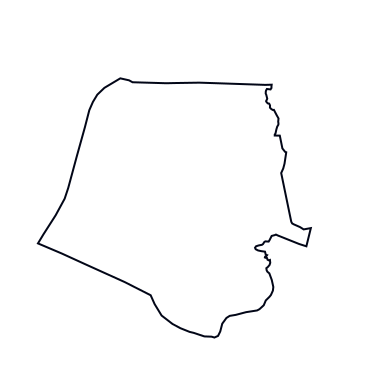 the district of Ashaiman Municipal, Greater Accra, Ghana, rotated 203°
{"feature_id": "2480657B85535261310615", "entity_name": "Ashaiman Municipal", "entity_type": "district", "adm_level": 2, "iso_a3": "GHA", "parent_name": "Ghana", "parent_adm1": "Greater Accra", "projection": "mercator", "projection_center": [-0.044, 5.699], "detail": "fine", "context": "isolated", "style": "outline", "palette": "ink", "viewbox_px": 384, "rotation_deg": 203, "n_neighbors": 0, "source": "geoboundaries", "source_scale": "gbopen_adm2", "svg_char_len": 1711}
<svg xmlns="http://www.w3.org/2000/svg" viewBox="0 0 384 384"><g transform="rotate(203 192 192)"><path d="M212.5,301.5L228.0,295.5L250.8,285.4L258.1,282.1L289.6,269.8L293.6,270.2L302.4,268.6L313.3,253.7L315.7,248.1L317.2,244.6L318.4,236.2L318.5,227.2L315.9,209.8L312.0,179.9L307.5,147.3L306.6,136.1L308.4,117.4L312.2,95.0L313.7,84.5L287.9,84.5L262.0,83.8L218.8,82.8L189.7,80.8L182.6,74.2L171.7,66.4L158.4,62.9L149.6,62.1L139.5,62.3L135.4,63.0L124.2,63.9L117.4,66.5L114.5,66.8L111.8,69.7L111.5,74.6L112.7,82.6L111.1,89.5L109.8,91.4L108.9,92.7L103.7,96.0L95.3,102.5L85.8,108.4L84.1,110.5L81.7,115.8L81.7,121.0L79.7,125.9L79.1,128.0L79.0,132.8L80.0,136.3L84.2,142.2L89.0,147.3L91.5,148.1L92.7,149.1L93.8,150.9L92.9,152.6L92.1,155.1L92.3,157.4L93.1,158.8L93.7,159.9L94.6,159.1L96.0,159.2L97.1,160.5L98.7,160.2L99.3,160.2L99.4,160.9L98.7,161.2L98.4,162.2L98.2,163.2L99.6,163.1L101.5,165.6L105.2,164.6L108.4,164.0L111.0,164.2L112.2,165.3L111.8,167.1L109.7,168.9L107.0,170.7L106.3,171.8L105.9,174.2L105.2,175.2L102.1,176.3L101.8,178.0L101.5,182.7L98.8,184.8L98.1,185.6L96.0,185.5L73.1,186.0L65.5,186.7L68.5,205.2L74.6,201.2L78.8,201.9L85.7,202.0L87.5,202.2L89.0,203.4L93.1,209.3L117.3,244.3L117.2,249.3L117.9,254.2L120.4,264.0L120.8,265.4L121.9,265.3L125.8,267.4L133.2,278.2L137.9,276.3L138.3,277.3L138.0,278.4L138.8,282.7L139.1,285.5L138.8,287.7L139.3,289.1L140.1,290.3L141.1,293.5L144.2,295.9L148.7,299.6L149.5,299.1L151.3,299.3L153.2,300.1L154.0,302.2L155.5,303.5L156.9,303.2L158.5,303.9L159.3,304.6L159.2,306.2L159.2,307.3L161.7,310.6L162.6,311.4L163.3,313.2L163.5,314.4L163.3,316.1L159.8,317.1L159.5,318.9L159.9,319.6L160.6,321.9L166.5,319.2L212.5,301.5Z" fill="none" stroke="#020617" stroke-width="2"/></g></svg>